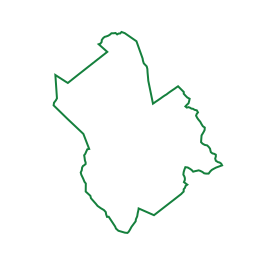 outline of Sousa, Paraíba, Brazil, rotated 150°
{"feature_id": "56859067B56829642718172", "entity_name": "Sousa", "entity_type": "district", "adm_level": 2, "iso_a3": "BRA", "parent_name": "Brazil", "parent_adm1": "Paraíba", "projection": "robinson", "projection_center": [-38.258, -6.752], "detail": "fine", "context": "isolated", "style": "outline", "palette": "green", "viewbox_px": 256, "rotation_deg": 150, "n_neighbors": 0, "source": "geoboundaries", "source_scale": "gbopen_adm2", "svg_char_len": 2159}
<svg xmlns="http://www.w3.org/2000/svg" viewBox="0 0 256 256"><g transform="rotate(150 128 128)"><path d="M63.8,139.1L66.4,138.9L68.2,138.7L70.0,138.6L72.6,138.4L74.9,138.2L76.5,138.0L77.9,137.8L79.5,137.8L81.3,137.7L83.5,137.5L85.2,137.3L86.8,137.2L88.9,137.0L91.0,136.9L92.7,136.7L94.2,136.6L86.8,158.8L85.6,161.3L83.4,166.1L81.7,169.5L81.0,172.0L82.0,176.1L81.4,178.8L80.6,180.9L77.3,198.9L83.4,211.8L85.6,214.4L87.5,213.8L88.9,214.5L90.6,214.5L91.3,216.5L92.8,217.1L95.0,218.3L96.9,217.9L98.8,217.8L100.7,218.1L102.7,218.6L104.8,218.2L106.8,217.2L107.8,215.7L109.6,214.9L111.5,215.2L107.9,204.3L144.2,199.1L157.6,197.1L158.9,199.5L164.4,210.2L174.7,189.2L176.7,188.0L179.4,186.9L181.1,184.8L175.9,166.3L169.6,145.2L172.1,129.3L173.9,129.9L175.9,128.5L177.9,127.0L179.6,126.3L180.5,123.9L181.5,121.5L181.9,119.4L182.7,118.0L184.3,117.7L186.0,117.6L187.5,116.7L189.2,114.5L191.2,113.1L191.8,110.9L192.0,108.2L192.2,106.0L192.6,103.3L192.3,101.0L196.4,94.1L194.5,88.1L195.2,85.7L194.2,80.7L193.8,78.8L193.3,75.7L191.7,72.2L189.9,69.0L189.3,66.3L190.1,64.2L190.6,61.5L189.1,60.8L188.4,49.1L188.7,46.9L187.7,43.8L183.0,38.9L180.9,37.4L179.3,37.8L177.4,38.8L174.3,40.7L168.0,43.4L166.8,45.0L164.2,46.9L162.0,49.6L160.1,51.6L159.0,53.0L149.1,39.5L115.0,44.2L113.3,44.7L111.6,45.1L110.4,47.1L108.7,47.7L107.0,49.1L105.0,49.3L105.8,51.2L106.6,53.2L104.8,54.5L103.8,56.2L103.4,57.9L103.4,59.9L101.9,61.9L99.9,63.8L97.9,65.4L96.0,63.9L94.8,61.8L93.9,59.9L93.4,57.6L91.2,57.0L89.7,56.5L88.0,56.0L86.9,54.8L85.5,52.7L84.7,50.7L83.1,49.4L81.0,48.2L78.4,49.3L76.4,49.8L74.4,49.8L71.5,49.7L65.2,48.6L65.1,50.5L65.9,52.3L67.1,53.4L68.3,55.7L67.8,57.9L66.1,59.5L65.3,61.0L66.3,62.6L67.6,63.8L68.3,65.6L67.9,67.3L67.3,69.0L67.5,71.0L68.1,73.3L70.0,75.0L71.3,77.2L71.8,79.2L70.6,81.0L69.3,82.9L68.0,84.8L65.8,86.0L64.4,86.8L62.7,87.9L61.3,90.0L62.3,92.1L62.4,94.7L62.3,97.3L62.8,100.0L63.0,102.1L62.9,104.6L61.5,105.8L59.6,106.5L59.6,108.9L61.2,110.4L62.2,112.2L63.4,113.1L64.1,114.5L65.2,115.8L66.9,116.3L67.5,118.0L65.3,118.7L63.3,119.1L61.8,120.5L60.0,122.5L61.4,124.8L62.1,127.4L62.6,129.8L61.7,131.3L63.8,139.1Z" fill="none" stroke="#15803d" stroke-width="2"/></g></svg>